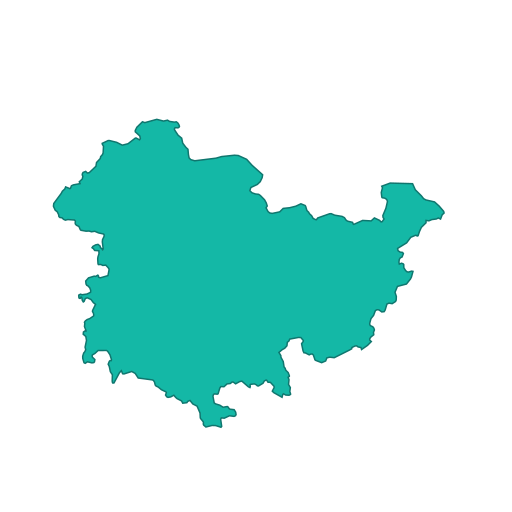 the border of Thüringen, rotated 346°
{"feature_id": "DEU-1577", "entity_name": "Thüringen", "entity_type": "State", "adm_level": 1, "iso_a3": "DEU", "parent_name": "Germany", "parent_adm1": "", "projection": "albers", "projection_center": [10.909, 50.922], "detail": "fine", "context": "isolated", "style": "filled", "palette": "teal", "viewbox_px": 512, "rotation_deg": 346, "n_neighbors": 0, "source": "natural_earth", "source_scale": "10m", "svg_char_len": 6037}
<svg xmlns="http://www.w3.org/2000/svg" viewBox="0 0 512 512"><g transform="rotate(346 256 256)"><path d="M75.0,171.2L74.3,170.1L74.5,168.1L73.8,164.9L72.3,163.1L71.6,159.5L71.5,158.6L72.5,156.1L82.2,148.1L83.8,146.3L86.7,144.7L88.0,142.9L91.7,145.6L92.3,145.5L93.9,143.2L96.0,142.8L102.8,143.2L102.5,141.2L106.0,139.3L107.3,136.7L107.0,135.3L107.3,134.4L108.4,133.1L111.2,132.7L112.4,134.7L114.3,134.8L122.4,130.2L123.9,126.7L128.5,123.7L129.3,122.0L131.6,120.4L132.6,119.0L134.6,112.5L133.9,110.4L134.0,109.5L140.5,108.2L141.7,108.5L148.3,112.0L153.1,116.1L159.0,116.1L167.4,112.4L168.2,112.5L171.1,115.1L172.2,114.1L172.3,111.4L168.9,106.3L169.2,105.0L171.6,102.2L178.3,98.3L180.4,99.7L192.8,99.4L198.9,102.7L203.0,102.8L204.7,104.5L209.3,106.4L211.1,106.5L212.2,107.8L212.9,109.7L213.1,111.7L212.5,112.4L211.3,112.8L208.6,111.9L207.5,113.0L207.6,114.2L209.6,119.9L212.4,123.7L212.2,128.8L214.3,133.7L215.8,136.0L215.0,141.1L214.8,144.6L216.0,146.7L219.6,148.8L240.9,151.4L246.7,151.2L259.5,153.0L263.1,154.2L270.3,159.9L274.1,167.0L282.1,178.8L280.9,181.5L278.1,184.9L274.6,186.9L267.6,188.3L265.8,191.1L267.4,193.7L270.5,195.7L273.5,196.8L274.9,198.4L277.9,203.5L278.8,207.0L279.0,210.2L277.4,211.7L278.4,215.8L279.8,217.6L282.1,218.6L289.7,218.9L293.9,216.4L300.3,217.3L306.7,217.3L312.2,216.2L315.9,218.9L316.2,219.8L316.4,224.2L317.7,226.3L318.1,227.9L319.7,230.3L320.5,233.3L322.4,235.0L323.4,235.4L325.1,234.0L337.6,232.8L339.2,233.1L342.2,235.4L349.1,238.4L351.1,240.2L352.0,242.8L353.2,244.3L357.8,246.7L358.1,248.6L358.5,249.0L368.1,247.3L376.2,249.8L380.1,247.7L384.5,251.3L385.6,253.2L386.7,253.2L389.2,251.1L388.6,249.2L388.9,247.4L393.6,241.1L396.7,235.0L396.7,233.5L396.0,232.1L394.9,231.0L392.6,230.0L392.3,229.3L392.9,224.7L395.2,220.4L394.9,218.7L403.8,217.7L425.4,223.7L426.6,230.3L431.0,237.6L432.5,240.9L434.4,242.7L442.3,246.7L445.8,251.9L448.9,258.1L448.9,259.8L446.6,261.1L444.0,264.8L442.1,263.2L439.9,263.7L435.4,263.2L432.3,263.7L429.6,262.6L429.0,264.9L423.4,268.2L420.6,271.7L418.2,275.5L417.3,275.6L417.3,275.1L415.7,274.5L410.7,275.3L405.3,279.7L395.2,282.9L395.1,285.2L396.8,287.1L399.1,288.0L399.6,289.3L397.5,292.3L395.6,292.7L394.2,294.0L393.2,296.5L393.1,298.5L395.5,298.2L397.0,299.3L397.3,300.0L396.6,303.1L397.6,306.2L398.6,307.8L400.1,308.5L403.3,308.3L404.6,308.9L401.8,313.9L400.3,315.7L395.2,319.6L385.9,319.7L382.1,324.8L382.4,329.2L381.4,332.6L380.4,333.9L376.6,335.2L373.6,333.9L371.4,334.3L368.3,339.6L366.9,341.0L364.5,340.7L362.5,338.3L361.5,337.7L360.2,337.4L358.6,337.9L355.7,342.1L352.4,344.6L350.1,348.7L349.8,349.9L350.1,351.2L352.2,352.9L352.9,354.5L353.0,356.4L351.5,358.5L351.2,360.9L347.9,362.4L346.3,363.8L346.0,365.1L347.2,366.9L342.6,369.7L335.8,372.3L335.7,370.2L333.0,368.9L331.9,367.5L330.2,367.3L326.9,368.0L326.4,369.2L323.9,369.9L307.3,373.6L303.1,372.0L300.1,372.0L298.2,374.7L293.9,375.4L288.5,371.6L288.1,371.0L287.7,366.0L287.0,364.8L285.4,364.4L283.7,364.8L280.5,362.0L279.1,361.5L278.7,359.4L279.0,352.1L281.1,350.4L281.5,349.5L279.8,346.0L277.5,345.3L268.6,344.8L267.3,346.5L265.5,347.3L264.3,350.6L261.5,352.5L258.8,353.2L254.9,355.1L256.0,358.6L255.7,360.3L256.9,365.0L256.4,370.4L257.1,371.9L257.3,374.1L259.0,376.9L259.4,380.2L259.2,380.9L257.8,381.4L258.1,384.0L256.5,388.5L257.5,392.0L256.0,395.7L256.2,397.8L256.0,398.7L254.4,399.1L251.2,398.1L249.3,396.4L248.5,396.8L247.1,399.4L240.2,392.9L239.1,391.1L241.8,388.0L242.0,386.8L239.4,382.1L237.1,381.4L236.3,379.1L235.8,378.8L233.8,379.3L232.0,381.2L227.0,382.7L225.9,382.3L225.2,381.1L223.5,379.7L219.7,379.2L219.1,379.5L218.8,381.5L218.3,382.2L216.9,381.0L212.0,374.0L209.8,373.9L205.3,375.1L203.5,372.9L202.4,372.5L200.2,373.5L197.0,373.1L193.3,375.1L190.3,374.2L189.0,375.3L185.9,380.5L185.0,380.7L182.1,379.7L180.9,380.5L180.3,381.8L179.9,388.4L181.0,389.7L184.8,392.0L187.5,394.8L191.7,395.1L192.4,395.8L193.0,397.5L193.6,398.3L197.6,399.8L198.5,402.6L198.3,405.0L197.5,406.0L195.9,406.3L191.6,404.6L186.0,405.7L183.2,404.7L182.2,405.9L181.5,413.0L180.6,413.7L175.9,410.8L172.4,409.8L166.0,409.8L164.3,407.4L164.2,406.3L164.7,404.9L164.7,404.1L162.9,400.3L162.8,399.5L163.7,394.8L162.5,387.4L158.9,384.3L157.0,380.2L154.7,380.5L153.4,381.6L149.3,381.1L148.7,378.6L144.9,375.3L143.8,373.7L142.6,371.2L139.1,372.1L136.4,371.9L135.3,371.0L134.6,369.0L135.8,367.2L136.0,366.7L135.6,365.9L131.9,362.9L129.5,359.6L127.5,357.9L127.0,356.8L127.0,353.7L126.4,352.0L125.6,351.2L112.2,345.9L110.4,340.7L107.5,338.0L99.4,338.5L98.1,338.0L97.6,334.7L95.2,336.3L87.5,344.8L86.4,344.7L86.1,344.1L86.2,342.6L87.9,336.5L86.7,333.0L86.9,327.7L86.4,325.2L88.2,322.7L89.1,322.2L90.2,322.5L90.7,321.6L90.4,316.5L89.0,312.5L88.1,311.5L79.9,309.5L76.1,311.6L73.3,312.4L72.8,313.4L72.8,314.6L74.6,317.5L73.7,319.6L72.8,320.2L70.9,320.0L66.9,317.9L64.3,318.8L63.3,317.9L63.1,313.5L63.6,311.3L65.3,308.5L66.8,307.4L68.1,305.7L68.1,303.1L71.1,296.9L71.4,292.9L69.4,290.1L70.2,288.0L72.0,287.3L72.8,287.8L73.0,287.3L72.5,282.9L73.6,279.9L73.5,278.8L74.7,277.7L76.8,276.8L79.6,276.5L83.9,274.9L84.3,274.1L84.4,272.0L83.9,270.3L84.3,269.3L88.6,264.1L86.9,261.9L85.4,258.3L82.1,255.7L80.1,256.0L78.2,258.5L77.3,258.8L76.7,257.0L76.9,254.5L76.7,253.7L76.3,253.5L75.2,254.6L74.3,254.3L74.1,253.5L74.4,251.5L74.8,250.9L76.5,250.6L77.9,251.5L82.8,252.0L86.7,251.2L87.3,249.4L87.0,246.7L85.6,244.2L84.7,243.5L84.3,242.1L84.7,239.1L88.2,236.7L94.1,236.4L95.6,237.0L97.9,236.3L98.3,237.1L98.1,238.5L99.6,239.5L107.6,239.2L110.1,233.8L110.2,233.1L109.7,231.5L108.0,228.5L105.1,228.1L103.4,226.7L101.0,226.2L100.8,225.4L101.7,220.5L102.4,218.7L104.2,215.8L104.8,212.9L100.8,211.6L100.0,209.5L98.9,208.3L100.1,207.2L103.1,206.4L105.5,206.5L107.1,208.6L107.1,210.4L108.2,211.5L108.6,212.9L108.9,212.8L109.5,211.9L110.3,205.1L111.1,202.9L113.2,200.4L113.8,198.8L113.4,197.8L108.8,195.5L105.5,193.0L102.2,192.7L100.1,191.4L97.1,190.8L92.4,188.7L91.9,188.0L91.3,184.5L89.2,182.7L88.5,181.4L88.5,180.3L89.2,178.5L88.6,177.2L82.2,175.1L79.7,175.1L78.1,173.8L77.0,172.0L75.0,171.2Z" fill="#14b8a6" stroke="#0f766e" stroke-width="1.5"/></g></svg>